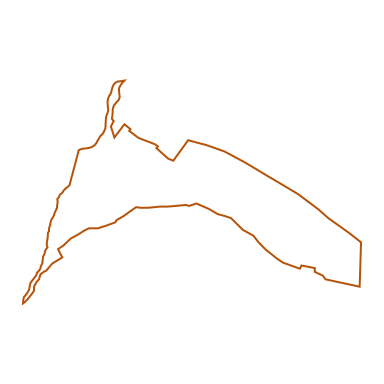 the district of Junín, Mendoza, Argentina
{"feature_id": "61730980B95365862986383", "entity_name": "Junín", "entity_type": "district", "adm_level": 2, "iso_a3": "ARG", "parent_name": "Argentina", "parent_adm1": "Mendoza", "projection": "albers", "projection_center": [-68.566, -33.138], "detail": "fine", "context": "isolated", "style": "outline", "palette": "amber", "viewbox_px": 384, "rotation_deg": 0, "n_neighbors": 0, "source": "geoboundaries", "source_scale": "gbopen_adm2", "svg_char_len": 2055}
<svg xmlns="http://www.w3.org/2000/svg" viewBox="0 0 384 384"><path d="M361.0,242.3L348.9,232.8L328.3,218.1L318.3,209.3L297.9,194.0L284.7,186.1L267.2,175.8L244.9,162.4L224.3,151.4L205.9,144.9L201.8,143.9L188.2,140.2L173.3,160.7L168.1,158.6L156.4,148.1L157.9,146.4L155.1,144.3L152.5,143.3L140.5,138.7L138.1,137.6L129.2,130.9L130.5,129.2L124.4,124.3L114.4,137.5L110.9,126.5L113.7,121.1L111.9,118.8L112.4,115.5L112.7,111.7L112.7,109.4L113.8,105.6L115.4,103.6L117.0,101.7L118.6,100.1L119.7,97.1L119.3,93.8L118.9,89.6L119.3,87.5L121.3,84.1L124.4,80.6L120.0,81.3L117.8,81.5L115.3,82.8L113.6,84.7L112.5,87.1L111.8,89.5L111.4,91.7L110.3,94.3L109.0,96.2L108.0,98.8L107.5,102.4L107.9,107.1L108.3,109.3L107.9,112.0L106.6,115.3L106.0,117.5L105.8,120.4L105.6,124.4L105.4,128.4L103.3,133.0L101.9,134.6L100.3,136.1L97.8,140.3L96.1,143.5L94.0,145.7L91.4,147.2L88.9,147.9L86.2,148.4L83.3,148.6L80.9,149.2L78.8,150.1L69.5,185.2L67.8,186.9L65.6,188.5L63.5,190.7L62.5,192.6L59.9,194.7L58.7,197.6L57.3,199.1L57.7,202.0L57.2,204.7L57.0,208.0L54.7,212.7L53.9,215.5L53.0,217.2L51.7,219.2L50.8,221.3L50.1,225.3L49.0,228.3L49.1,231.1L47.9,232.8L47.8,236.1L47.6,238.1L46.8,242.8L46.8,245.2L47.5,247.4L46.0,249.2L45.0,251.3L44.6,253.5L43.1,256.7L42.7,259.7L42.3,263.5L41.0,265.8L40.2,269.1L38.7,271.0L36.9,272.9L36.3,275.3L32.1,280.7L30.4,283.1L29.0,289.9L27.2,293.0L25.4,295.4L24.0,296.9L23.3,299.6L23.0,303.4L25.0,301.9L27.9,298.9L33.0,292.4L34.1,290.4L34.0,286.8L36.5,282.0L39.0,279.3L40.5,274.2L44.5,271.4L46.3,270.6L52.2,263.6L62.3,257.4L58.0,249.2L63.3,245.6L70.7,238.6L77.6,234.8L84.5,230.5L88.8,228.3L97.9,228.3L106.4,225.6L115.4,222.3L116.5,220.2L123.9,215.9L129.8,211.6L136.1,207.2L140.9,207.8L148.9,207.7L160.1,206.6L167.6,206.6L175.0,206.0L186.2,204.9L188.9,206.0L196.3,203.5L208.9,208.9L214.4,212.2L217.7,214.1L224.4,215.9L231.0,218.1L242.8,229.8L253.4,235.7L258.8,242.6L265.7,249.6L277.0,258.6L282.9,262.6L299.9,268.7L301.5,265.5L314.8,268.1L314.8,271.9L322.8,275.6L325.5,279.3L359.6,286.7L360.1,273.5L361.0,242.3Z" fill="none" stroke="#b45309" stroke-width="2"/></svg>